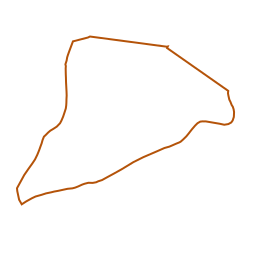 the district of Grande Riviere/Morne Elwin, Gros Islet, Saint Lucia, rotated 6°
{"feature_id": "8701671B886545295565", "entity_name": "Grande Riviere/Morne Elwin", "entity_type": "district", "adm_level": 2, "iso_a3": "LCA", "parent_name": "Saint Lucia", "parent_adm1": "Gros Islet", "projection": "equal_earth", "projection_center": [-60.956, 14.029], "detail": "fine", "context": "isolated", "style": "outline", "palette": "amber", "viewbox_px": 256, "rotation_deg": 6, "n_neighbors": 0, "source": "geoboundaries", "source_scale": "gbopen_adm2", "svg_char_len": 1360}
<svg xmlns="http://www.w3.org/2000/svg" viewBox="0 0 256 256"><g transform="rotate(6 128 128)"><path d="M159.0,42.8L158.1,43.1L80.6,41.0L78.7,42.2L64.2,47.6L61.6,57.6L60.6,61.7L60.1,64.2L59.9,67.4L59.1,71.2L59.7,72.9L59.8,75.4L60.5,81.0L61.0,84.4L61.6,89.0L62.3,93.4L63.1,98.5L63.6,102.1L63.8,105.9L64.1,109.5L64.2,112.2L64.1,115.1L63.2,119.4L62.3,123.5L61.0,127.7L59.9,130.4L57.0,134.1L53.8,136.7L51.0,138.8L49.1,140.8L46.8,143.7L45.3,145.4L44.3,148.9L43.7,152.4L43.0,155.1L42.0,159.2L41.5,161.0L40.6,164.1L38.8,169.0L36.6,173.2L33.4,178.8L29.7,185.6L28.0,189.7L23.9,199.5L24.5,202.4L27.2,210.7L30.3,215.0L34.5,211.6L39.8,207.9L43.2,205.8L49.0,203.5L53.3,201.6L58.3,200.0L61.3,198.9L65.1,197.8L74.2,194.8L79.1,193.8L81.7,192.8L84.6,191.3L88.3,189.1L90.6,188.0L94.4,186.6L98.6,186.3L102.0,185.3L104.0,184.1L107.6,182.5L112.5,179.1L118.9,174.7L126.0,169.7L136.9,161.4L146.3,155.4L159.5,148.0L166.3,144.1L171.1,142.2L173.6,140.8L176.4,139.2L178.0,138.3L180.3,137.1L181.8,136.1L184.0,133.7L186.9,130.2L189.0,127.0L190.1,125.2L191.8,122.5L194.5,118.6L196.6,116.0L199.2,114.1L201.5,113.6L204.7,113.3L218.8,114.2L223.4,114.7L227.4,113.6L230.1,111.7L231.3,109.6L232.1,106.0L232.0,103.9L231.8,101.0L231.1,98.4L230.0,95.9L228.7,94.3L227.1,91.2L225.8,89.2L224.5,85.4L223.8,83.0L223.8,80.6L158.5,44.4L159.0,42.8Z" fill="none" stroke="#b45309" stroke-width="2"/></g></svg>